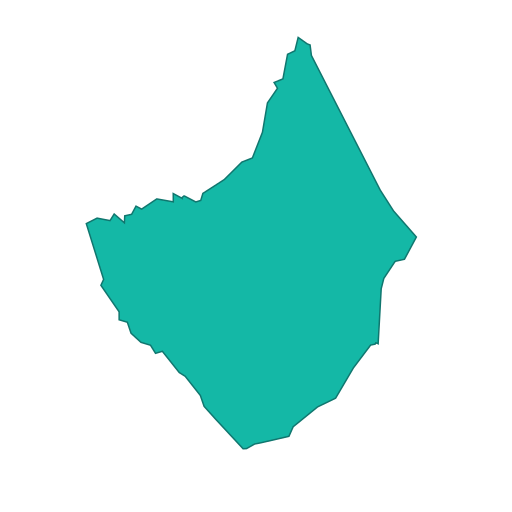 Cumberland, North Carolina, United States of America (Natural Earth projection), rotated 243°
{"feature_id": "52423323B14263080963128", "entity_name": "Cumberland", "entity_type": "district", "adm_level": 2, "iso_a3": "USA", "parent_name": "United States of America", "parent_adm1": "North Carolina", "projection": "natural_earth1", "projection_center": [-78.796, 35.051], "detail": "fine", "context": "isolated", "style": "filled", "palette": "teal", "viewbox_px": 512, "rotation_deg": 243, "n_neighbors": 0, "source": "geoboundaries", "source_scale": "gbopen_adm2", "svg_char_len": 1133}
<svg xmlns="http://www.w3.org/2000/svg" viewBox="0 0 512 512"><g transform="rotate(243 256 256)"><path d="M89.1,169.5L88.1,172.9L87.3,175.8L80.4,203.5L87.0,211.6L93.6,242.4L93.2,262.4L112.1,292.0L124.6,317.7L123.4,322.1L124.2,323.3L122.7,324.8L122.4,325.0L170.0,352.7L178.0,359.7L187.7,376.9L187.7,377.0L187.8,377.1L187.9,377.3L188.0,377.6L188.0,377.9L185.7,386.8L200.1,407.5L233.7,399.0L258.3,396.6L409.5,396.4L419.5,400.0L419.7,399.8L421.8,397.9L431.6,392.8L421.2,383.8L421.4,375.7L401.6,360.4L402.4,350.9L395.7,351.3L387.2,335.7L363.3,317.9L345.0,297.3L346.1,286.0L338.5,262.4L335.9,237.1L330.6,232.0L331.5,226.9L341.9,219.5L342.1,219.2L342.2,218.9L342.0,218.3L341.8,217.1L341.6,216.8L341.4,216.4L341.0,216.3L349.2,210.6L341.8,206.9L351.9,193.5L349.7,175.4L354.9,171.7L349.6,164.1L351.4,157.3L345.3,153.8L357.8,148.7L353.8,142.0L361.9,131.6L361.9,119.5L304.3,109.6L300.3,104.5L268.4,108.7L261.3,105.1L255.4,111.3L243.9,109.6L231.3,114.3L224.4,121.5L214.9,122.3L213.6,129.3L187.0,134.7L181.0,138.3L157.0,143.1L145.6,141.5L129.1,145.9L90.1,157.0L88.7,160.1L89.1,169.5Z" fill="#14b8a6" stroke="#0f766e" stroke-width="1.5"/></g></svg>